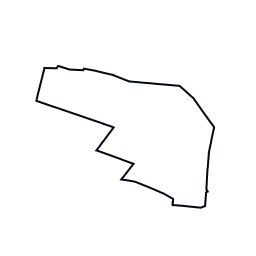 Mihailesti, Buzau, Romania (Natural Earth projection), rotated 200°
{"feature_id": "2599482B24828707257018", "entity_name": "Mihailesti", "entity_type": "district", "adm_level": 2, "iso_a3": "ROU", "parent_name": "Romania", "parent_adm1": "Buzau", "projection": "natural_earth1", "projection_center": [26.667, 44.925], "detail": "fine", "context": "isolated", "style": "outline", "palette": "ink", "viewbox_px": 256, "rotation_deg": 200, "n_neighbors": 0, "source": "geoboundaries", "source_scale": "gbopen_adm2", "svg_char_len": 2566}
<svg xmlns="http://www.w3.org/2000/svg" viewBox="0 0 256 256"><g transform="rotate(200 128 128)"><path d="M159.7,172.8L160.6,172.7L160.8,172.7L162.0,172.5L163.7,172.3L166.6,171.9L171.1,171.4L176.2,170.8L178.5,170.6L182.6,169.9L186.1,169.3L186.7,169.2L189.8,168.6L189.8,167.0L203.1,162.9L206.8,162.8L214.9,162.4L215.5,159.7L217.7,158.9L219.7,158.3L223.1,157.1L227.1,155.8L227.0,155.6L226.3,149.1L225.8,144.3L225.3,139.1L224.8,134.8L224.2,128.5L223.8,125.4L223.5,122.6L223.4,122.2L216.3,122.3L209.3,122.4L205.9,122.5L192.2,122.8L179.6,123.1L166.2,123.3L165.8,123.3L163.3,123.4L152.0,123.6L151.7,123.5L151.7,123.4L150.7,123.6L148.1,123.6L145.4,123.7L143.1,123.7L141.7,123.6L143.5,117.5L144.0,116.0L144.7,113.7L145.0,112.5L145.5,111.1L146.0,109.2L147.5,104.5L148.5,101.1L148.7,100.4L149.2,98.7L149.5,97.8L149.8,96.6L150.0,96.1L149.1,96.2L131.3,96.3L127.7,96.3L124.1,96.3L122.6,96.2L110.5,96.2L111.3,93.9L113.5,87.1L116.7,77.3L113.4,78.0L111.7,78.4L106.1,79.4L105.1,79.6L103.1,79.9L102.0,79.9L89.7,79.5L80.9,79.1L80.3,79.0L78.1,78.9L73.5,78.6L72.2,78.6L71.0,78.4L61.4,76.8L61.2,76.4L61.0,75.7L60.9,75.4L60.7,74.9L60.7,74.5L60.8,73.9L60.4,73.6L60.3,73.2L60.2,73.1L60.2,72.4L60.3,72.1L60.3,71.7L60.1,71.3L59.6,70.8L59.4,70.9L59.1,71.0L58.8,71.1L58.4,71.2L58.2,71.3L54.8,72.3L53.8,72.5L53.4,72.6L53.0,72.8L52.9,72.8L52.1,73.0L51.3,73.2L50.0,73.6L49.6,73.7L48.5,73.9L47.5,74.2L47.3,74.2L46.8,74.4L45.7,74.6L45.3,74.7L44.6,74.9L44.4,74.9L43.5,75.2L42.3,75.5L41.2,75.8L40.8,75.9L38.5,76.4L36.6,76.9L36.5,77.0L35.6,77.2L34.8,77.4L34.7,77.4L34.1,77.5L33.7,77.7L32.3,78.0L30.1,80.0L28.9,81.0L29.2,81.9L29.3,82.5L29.5,83.1L29.7,84.0L30.0,84.9L30.5,86.9L31.3,89.6L31.4,90.0L31.5,90.4L31.7,91.3L32.6,94.3L32.4,94.6L31.4,95.5L31.5,95.6L31.6,95.8L33.3,97.2L33.5,97.3L33.5,97.5L33.7,98.3L34.0,99.1L34.2,99.8L34.5,101.0L35.5,104.2L36.4,107.2L36.7,108.0L37.8,111.8L39.0,115.7L39.2,116.2L39.6,118.5L39.8,119.1L41.5,125.2L41.9,126.6L42.4,128.5L43.5,132.3L43.9,134.6L44.0,135.2L44.7,139.9L44.7,140.4L45.5,145.4L45.9,147.5L45.9,148.0L46.2,150.0L46.6,152.5L46.7,153.6L46.8,154.5L47.0,155.2L47.0,155.6L47.1,156.9L47.3,158.0L47.4,158.3L47.5,158.4L49.3,159.6L52.5,161.7L54.6,163.1L57.7,165.2L60.4,167.0L69.3,173.2L73.5,176.2L74.1,176.5L75.2,177.3L76.7,178.4L79.7,179.5L80.1,179.7L81.1,180.1L84.2,181.3L87.4,182.7L89.3,183.4L94.0,185.2L95.6,184.8L97.3,184.3L100.0,183.6L107.6,181.6L115.9,179.3L120.6,178.1L123.7,177.3L129.7,175.6L132.3,175.0L135.9,174.0L142.7,172.2L143.7,172.2L156.8,172.5L158.1,172.5L159.0,172.5L159.6,172.5L159.7,172.8Z" fill="none" stroke="#020617" stroke-width="2"/></g></svg>